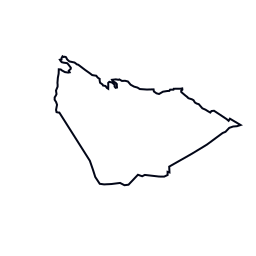 Guerrou, Assaba, Mauritania, rotated 122°
{"feature_id": "47542326B49231245131640", "entity_name": "Guerrou", "entity_type": "district", "adm_level": 2, "iso_a3": "MRT", "parent_name": "Mauritania", "parent_adm1": "Assaba", "projection": "equal_earth", "projection_center": [-12.078, 16.876], "detail": "fine", "context": "isolated", "style": "outline", "palette": "ink", "viewbox_px": 256, "rotation_deg": 122, "n_neighbors": 0, "source": "geoboundaries", "source_scale": "gbopen_adm2", "svg_char_len": 1797}
<svg xmlns="http://www.w3.org/2000/svg" viewBox="0 0 256 256"><g transform="rotate(122 128 128)"><path d="M114.9,217.8L118.7,215.6L122.6,214.1L127.2,211.7L128.2,210.9L128.8,210.5L130.3,209.6L134.4,208.9L137.1,206.6L138.8,206.4L140.9,206.4L142.9,205.2L144.1,202.7L145.9,200.5L150.8,198.6L152.4,197.0L151.7,195.0L151.3,194.4L176.0,143.0L181.8,135.8L186.9,129.8L190.3,122.4L188.5,118.4L184.4,112.5L178.8,105.6L178.4,100.7L175.8,97.5L174.7,97.3L166.3,95.6L162.4,94.8L161.4,90.4L158.9,88.9L152.7,75.9L150.1,71.6L146.9,69.5L144.2,71.2L143.7,69.3L138.9,72.6L115.8,60.1L100.3,52.3L82.1,45.1L79.6,43.3L74.2,42.2L71.0,39.6L68.7,36.5L65.8,34.1L66.1,46.5L68.6,46.5L68.2,49.1L67.8,64.2L69.4,66.2L71.3,66.4L71.4,69.2L71.4,72.0L71.9,75.4L70.3,80.6L70.9,82.8L70.9,84.8L69.7,87.2L69.8,89.0L70.7,92.5L70.4,94.4L70.3,93.5L70.1,96.3L69.3,101.8L68.4,102.6L66.7,102.2L65.7,103.0L66.8,104.2L70.5,110.0L71.4,109.8L73.2,112.6L74.6,112.6L75.9,114.4L78.7,117.6L82.7,119.7L83.5,122.2L83.3,125.4L81.7,126.8L85.4,132.4L88.7,138.6L88.7,141.4L89.7,144.8L89.9,148.7L88.6,152.7L89.5,155.5L91.3,158.1L91.4,161.1L92.2,161.7L93.2,164.1L95.6,167.1L96.4,165.7L96.2,162.5L96.7,160.7L97.5,160.3L99.5,158.8L100.5,159.8L100.0,161.3L98.4,162.3L97.9,165.5L98.7,168.3L100.2,168.7L102.7,167.1L105.2,165.6L105.2,167.1L104.3,169.3L105.2,171.7L104.6,172.7L104.4,175.7L102.4,177.5L101.4,178.0L101.3,180.4L100.5,182.6L102.1,186.4L101.8,189.6L101.5,194.9L100.7,203.7L101.1,205.0L100.8,208.0L102.6,213.0L102.2,215.4L101.9,216.3L100.9,217.9L100.8,218.4L101.2,219.6L101.9,220.2L101.9,221.5L104.0,221.4L105.1,220.7L106.2,221.9L106.9,220.5L107.3,219.1L106.7,217.2L105.3,214.1L105.6,212.6L107.2,208.4L108.2,207.9L110.8,208.6L111.7,207.0L112.7,208.1L114.0,211.1L114.2,214.6L114.0,216.0L114.9,217.8Z" fill="none" stroke="#020617" stroke-width="2"/></g></svg>